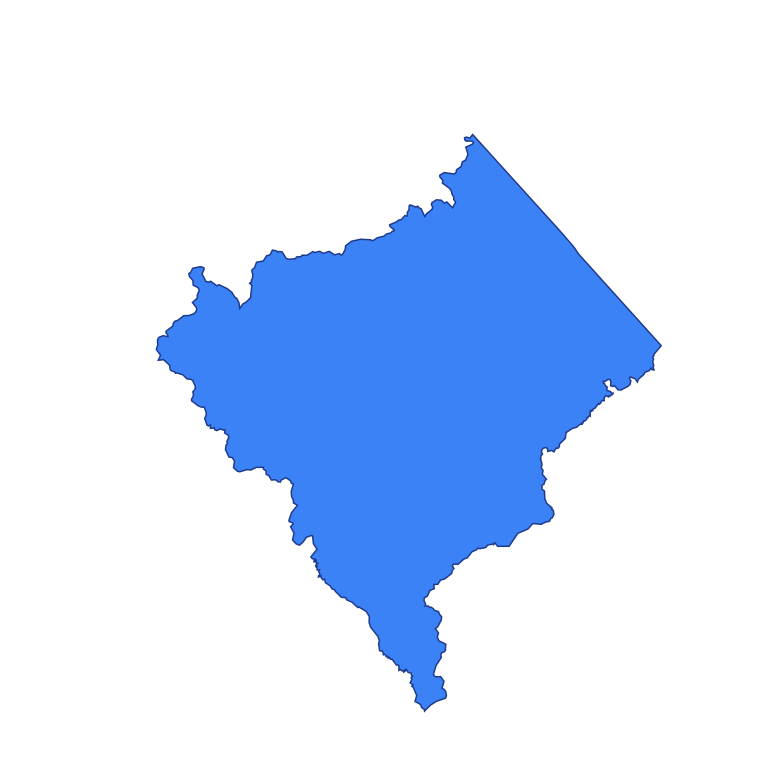 Carabaya, Puno, Peru (Mercator projection), rotated 31°
{"feature_id": "86281439B63963563505699", "entity_name": "Carabaya", "entity_type": "district", "adm_level": 2, "iso_a3": "PER", "parent_name": "Peru", "parent_adm1": "Puno", "projection": "mercator", "projection_center": [-70.113, -13.816], "detail": "fine", "context": "isolated", "style": "filled", "palette": "blue", "viewbox_px": 768, "rotation_deg": 31, "n_neighbors": 0, "source": "geoboundaries", "source_scale": "gbopen_adm2", "svg_char_len": 6158}
<svg xmlns="http://www.w3.org/2000/svg" viewBox="0 0 768 768"><g transform="rotate(31 384 384)"><path d="M513.0,609.2L517.6,614.9L520.5,613.8L522.9,616.4L523.3,615.6L525.5,615.6L526.3,616.7L527.6,615.5L528.7,616.8L529.0,615.7L531.4,616.6L532.6,615.7L539.4,618.5L540.5,617.6L541.9,617.9L544.3,621.8L545.0,620.4L547.3,620.6L548.1,619.8L549.4,620.8L550.4,618.0L549.3,618.3L549.8,617.0L553.3,618.8L556.0,617.8L557.7,619.6L559.1,619.7L558.5,621.7L560.1,623.2L560.3,626.7L563.8,627.0L563.5,628.8L565.2,628.8L572.5,634.2L574.1,640.1L580.6,639.9L582.9,642.0L586.1,642.1L587.2,643.5L589.2,635.3L592.1,629.4L598.5,621.6L598.1,619.0L595.5,616.0L593.0,614.8L590.5,615.0L588.5,607.9L583.3,605.7L578.7,608.5L576.0,607.6L573.6,598.5L574.0,588.9L572.1,586.9L571.9,584.6L573.7,582.3L573.8,580.6L570.9,575.2L563.3,575.9L559.8,573.1L559.0,569.4L554.0,567.2L555.1,564.4L554.9,561.0L554.7,557.1L553.3,553.8L550.0,552.7L547.9,551.0L543.9,552.1L541.9,551.2L539.4,551.0L538.0,552.1L536.6,551.4L533.6,553.3L533.3,551.5L529.5,548.7L528.8,546.2L530.4,543.6L529.7,537.4L532.5,533.5L529.9,530.2L533.2,528.1L533.5,522.8L536.2,520.2L539.6,511.6L538.6,508.8L538.9,506.0L536.3,504.9L536.2,502.8L540.4,500.2L542.6,493.0L545.0,490.0L545.8,482.5L548.8,478.4L548.9,476.3L550.8,476.0L555.4,471.7L555.9,468.6L559.5,465.3L560.7,465.3L560.7,463.0L565.0,464.6L574.8,458.7L575.6,443.1L582.2,433.9L583.1,427.9L584.2,426.6L591.0,423.3L593.8,418.9L596.5,416.6L596.3,413.0L597.2,411.9L596.7,408.1L594.1,405.0L592.2,405.1L592.0,403.7L584.7,402.4L580.9,399.4L576.7,393.1L573.7,392.8L571.5,389.3L572.7,387.7L571.8,383.7L572.3,382.0L566.2,379.8L564.9,376.2L561.8,374.8L561.1,372.0L558.5,368.9L556.7,368.1L556.9,367.1L555.5,365.1L556.0,362.5L553.8,360.8L553.1,359.1L553.7,356.6L555.7,355.1L557.3,355.1L559.1,357.5L561.7,354.7L564.6,354.7L564.6,350.3L566.2,349.5L566.6,347.4L565.4,345.2L567.4,337.2L565.1,332.0L568.1,325.4L571.4,321.8L572.6,317.9L574.5,316.5L573.7,315.6L574.6,315.1L574.4,312.3L575.3,312.1L575.9,310.1L575.5,308.6L576.1,307.9L575.5,307.7L576.5,305.2L577.3,305.3L574.6,300.8L576.0,300.4L575.6,299.6L576.6,299.1L576.1,297.7L577.4,295.8L577.9,290.3L578.9,290.6L579.4,289.5L579.4,285.8L581.4,285.0L579.8,282.3L580.0,280.6L580.6,279.6L583.2,279.4L582.9,278.3L584.1,277.8L585.3,274.8L585.0,273.8L583.9,274.8L581.9,273.8L578.7,274.6L577.2,273.1L577.0,271.7L574.1,271.2L572.9,270.0L571.6,270.3L570.6,268.9L572.3,267.8L573.6,264.6L575.4,263.9L577.3,265.1L579.2,268.8L581.4,268.3L582.4,266.7L587.6,268.5L590.2,267.1L594.3,260.5L595.1,257.6L594.0,254.2L591.4,252.7L591.4,251.2L596.3,250.1L600.2,251.7L599.6,249.0L601.9,241.8L601.5,239.7L604.4,236.1L604.8,233.0L606.2,233.7L608.2,232.9L606.0,230.9L605.6,229.1L603.0,226.8L602.2,223.9L600.4,222.4L600.8,220.6L600.1,219.4L601.9,208.4L483.9,172.4L476.2,168.8L455.1,161.9L331.5,124.5L331.0,128.8L327.4,130.0L326.2,131.4L327.4,133.1L329.3,133.5L334.2,130.5L336.3,130.8L336.2,133.0L332.1,138.8L337.7,143.9L338.6,149.9L336.7,153.3L338.1,157.8L335.8,163.1L336.9,165.4L335.9,167.9L326.7,171.8L324.3,176.3L325.2,177.7L329.7,179.3L330.6,181.7L339.6,182.6L343.0,184.3L344.4,186.2L347.6,187.9L348.8,190.0L351.7,191.2L352.0,197.7L344.0,195.6L342.7,197.9L338.3,197.0L334.1,199.1L331.7,203.8L332.2,205.8L334.7,207.4L335.2,209.5L332.8,216.2L332.7,219.4L325.4,214.6L323.1,215.0L321.3,214.2L320.3,215.9L314.2,217.0L313.8,218.3L315.7,221.7L315.5,224.4L317.3,228.2L315.1,229.0L314.2,234.2L312.1,235.9L311.3,238.5L306.8,244.6L307.9,245.8L313.5,246.7L313.7,247.6L312.4,248.9L312.2,250.7L308.8,254.3L307.8,257.3L302.9,262.2L300.7,266.9L298.2,267.3L289.5,271.9L282.7,278.3L279.9,285.2L281.5,288.9L281.7,294.3L281.0,295.5L278.6,295.2L275.0,298.8L268.7,298.5L264.8,303.2L260.5,303.4L256.9,307.0L254.9,307.1L251.7,313.3L247.5,315.8L247.3,317.6L243.7,320.0L243.4,322.3L238.2,326.1L235.4,326.7L228.6,323.2L226.0,324.3L225.0,325.8L223.3,325.3L219.4,326.7L219.7,332.3L217.3,334.4L217.2,340.7L212.0,345.3L213.2,351.1L212.1,353.7L212.4,355.1L215.4,358.1L217.0,361.9L216.8,363.4L218.1,364.7L216.9,366.8L219.9,367.6L225.2,378.8L223.6,385.0L221.8,388.0L221.5,393.6L217.7,388.9L213.3,386.3L211.8,386.6L206.2,383.7L200.5,383.0L191.4,383.9L190.1,385.9L182.5,385.2L182.1,386.3L178.7,387.9L171.3,383.3L170.8,378.6L169.6,377.1L166.1,378.0L160.4,383.4L160.8,388.0L159.8,389.8L161.9,392.1L166.9,393.7L169.5,397.5L175.0,397.2L177.3,398.7L178.2,404.0L179.7,406.5L177.8,412.8L183.8,415.1L185.1,416.5L185.5,419.2L185.0,421.5L181.8,425.5L177.1,428.7L174.5,435.5L172.3,438.1L172.1,440.5L173.2,442.8L170.0,451.0L170.8,452.5L173.1,453.1L174.4,454.7L169.7,456.4L166.9,460.2L167.2,463.1L169.9,466.8L171.1,471.7L177.6,474.4L178.3,479.9L182.5,476.7L190.4,478.3L193.3,481.7L194.7,482.2L198.2,481.4L199.6,482.2L200.8,481.2L206.9,479.7L212.4,481.1L216.6,479.3L218.4,479.7L223.6,483.3L224.8,486.2L224.1,488.9L226.8,492.4L226.8,496.0L227.7,497.5L236.2,498.4L239.5,497.8L241.9,496.4L246.4,500.1L247.5,502.1L248.1,505.9L253.6,510.5L255.0,510.4L256.3,508.6L258.1,511.4L261.1,509.0L262.4,510.4L264.6,510.1L267.0,506.7L270.2,506.2L271.5,505.2L272.6,508.1L276.6,508.1L278.3,509.1L279.0,514.4L280.5,515.8L280.1,517.7L281.9,521.9L288.8,526.5L291.8,525.2L295.6,527.1L298.1,533.2L303.3,534.3L305.6,533.5L310.4,528.2L314.2,526.2L317.6,521.1L323.5,517.6L324.6,519.1L327.6,519.2L329.6,522.2L332.3,521.8L337.0,524.3L340.4,521.9L343.6,522.4L345.7,521.3L345.3,519.3L348.1,514.8L353.8,515.1L355.4,516.7L357.9,516.5L359.9,524.0L362.6,527.8L366.2,530.4L367.7,532.6L372.3,532.5L371.0,541.9L372.7,549.8L373.5,550.8L377.1,550.0L378.2,550.6L377.4,554.4L383.6,558.1L386.0,564.8L391.1,566.3L394.6,565.6L395.9,561.8L396.5,555.2L399.9,551.2L401.0,551.0L405.8,557.3L411.7,560.1L410.4,569.9L412.6,570.7L414.3,569.7L415.1,571.5L415.7,569.2L416.2,571.6L416.8,570.5L417.4,571.9L419.4,571.7L418.7,573.0L419.2,575.0L420.2,574.2L420.1,575.7L421.2,575.9L422.5,577.8L424.3,576.5L424.2,578.0L427.5,580.6L426.7,582.0L427.2,583.2L428.8,581.1L429.9,582.4L432.7,583.3L433.6,581.8L436.2,584.5L441.7,584.7L444.8,586.3L448.0,585.8L448.8,586.7L457.2,588.8L461.4,586.9L463.0,588.2L468.9,587.5L476.7,589.1L477.5,588.1L486.0,588.1L491.2,590.9L494.0,596.0L497.8,599.3L509.1,603.6L512.4,606.6L513.0,609.2Z" fill="#3b82f6" stroke="#1e3a8a" stroke-width="1.5"/></g></svg>